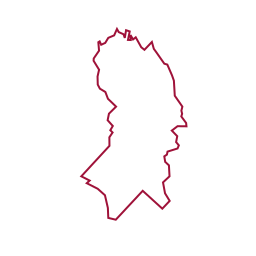 Richland, Louisiana, United States of America, rotated 133°
{"feature_id": "52423323B54730656664663", "entity_name": "Richland", "entity_type": "district", "adm_level": 2, "iso_a3": "USA", "parent_name": "United States of America", "parent_adm1": "Louisiana", "projection": "mercator", "projection_center": [-91.813, 32.409], "detail": "fine", "context": "isolated", "style": "outline", "palette": "rose", "viewbox_px": 256, "rotation_deg": 133, "n_neighbors": 0, "source": "geoboundaries", "source_scale": "gbopen_adm2", "svg_char_len": 1017}
<svg xmlns="http://www.w3.org/2000/svg" viewBox="0 0 256 256"><g transform="rotate(133 128 128)"><path d="M85.5,208.2L91.2,201.9L100.5,200.5L102.3,199.0L105.1,188.9L111.1,185.4L116.9,179.7L118.4,175.4L117.1,169.1L120.3,162.6L120.5,151.3L130.5,151.7L136.2,148.2L136.9,140.5L141.7,139.4L141.8,136.2L147.5,135.3L153.7,129.4L195.2,129.2L192.6,120.2L196.5,120.5L193.1,108.7L192.9,99.0L200.2,88.2L207.2,81.1L203.4,74.4L163.9,74.4L163.6,47.9L152.9,47.8L150.5,56.4L143.9,65.3L135.0,64.7L127.4,72.6L127.4,77.7L124.0,82.1L120.9,81.4L118.3,83.0L109.2,77.8L106.0,79.0L105.5,83.2L100.4,86.4L100.0,94.2L92.9,93.0L86.9,86.4L84.7,88.9L83.2,96.9L80.7,98.1L78.9,100.8L75.3,102.8L72.5,115.8L62.1,126.7L59.5,131.7L54.8,142.5L56.2,145.3L53.2,159.4L52.5,163.1L48.8,169.2L59.6,169.3L59.9,173.4L56.4,184.2L59.8,184.7L58.3,189.6L61.8,186.0L63.6,188.1L56.2,192.6L57.8,196.1L64.3,191.8L62.5,195.2L64.2,200.2L63.1,203.6L69.7,201.3L75.5,203.9L81.3,202.7L85.4,204.4L84.0,207.8L85.5,208.2Z" fill="none" stroke="#9f1239" stroke-width="2"/></g></svg>